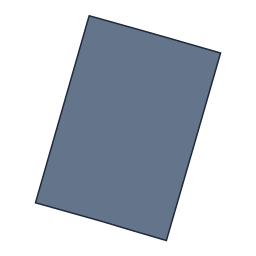 Hodgeman, Kansas, United States of America, rotated 286°
{"feature_id": "52423323B97226868441645", "entity_name": "Hodgeman", "entity_type": "district", "adm_level": 2, "iso_a3": "USA", "parent_name": "United States of America", "parent_adm1": "Kansas", "projection": "equal_earth", "projection_center": [-99.838, 38.088], "detail": "fine", "context": "isolated", "style": "filled", "palette": "slate", "viewbox_px": 256, "rotation_deg": 286, "n_neighbors": 0, "source": "geoboundaries", "source_scale": "gbopen_adm2", "svg_char_len": 295}
<svg xmlns="http://www.w3.org/2000/svg" viewBox="0 0 256 256"><g transform="rotate(286 128 128)"><path d="M225.6,128.1L225.4,88.2L225.2,59.8L221.2,59.7L30.6,59.7L31.0,127.7L30.6,161.8L30.4,195.9L135.3,196.2L225.6,196.3L225.6,128.1Z" fill="#64748b" stroke="#1e293b" stroke-width="1.5"/></g></svg>